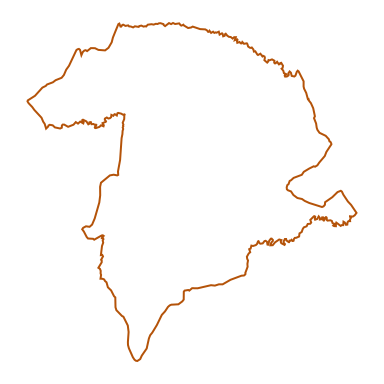 Thaba-Tseka, Thaba-Tseka, Lesotho
{"feature_id": "5366337B12676471094494", "entity_name": "Thaba-Tseka", "entity_type": "district", "adm_level": 2, "iso_a3": "LSO", "parent_name": "Lesotho", "parent_adm1": "Thaba-Tseka", "projection": "equal_earth", "projection_center": [28.592, -29.521], "detail": "fine", "context": "isolated", "style": "outline", "palette": "amber", "viewbox_px": 384, "rotation_deg": 0, "n_neighbors": 0, "source": "geoboundaries", "source_scale": "gbopen_adm2", "svg_char_len": 5886}
<svg xmlns="http://www.w3.org/2000/svg" viewBox="0 0 384 384"><path d="M356.5,212.9L351.1,204.9L347.9,201.5L343.3,194.6L341.9,191.6L340.8,190.8L337.5,192.1L332.3,197.2L325.1,202.2L324.9,204.8L323.5,206.4L322.0,207.0L309.3,203.0L304.7,200.9L302.0,199.0L297.4,198.0L293.4,195.0L291.0,191.4L288.0,190.3L286.9,189.3L286.7,187.3L287.3,185.1L288.5,184.2L289.7,180.9L291.0,180.3L293.6,177.9L301.8,174.8L303.8,171.8L309.3,168.5L313.7,166.3L315.1,166.7L317.4,165.3L319.2,162.6L324.8,156.0L326.4,151.9L331.4,144.3L331.2,143.3L330.4,141.8L329.5,141.4L328.8,139.2L325.7,135.8L319.5,132.8L317.4,129.8L316.7,127.7L316.1,123.5L314.0,118.1L314.9,116.3L313.2,108.2L310.9,103.1L309.0,100.7L308.5,99.0L307.9,99.2L306.2,92.9L304.1,88.7L303.6,86.5L303.6,81.3L298.6,71.4L297.7,70.7L296.8,71.8L295.4,75.7L294.3,76.5L291.7,75.9L290.9,72.7L289.6,71.5L288.5,73.1L288.7,74.9L288.4,75.5L286.9,76.5L285.1,76.6L284.7,75.7L284.9,75.1L286.3,74.2L283.9,73.1L283.3,70.7L281.6,68.7L282.6,67.9L283.0,65.8L281.2,62.8L280.2,63.1L279.8,64.1L278.9,64.4L277.1,61.8L275.6,63.3L274.7,63.3L274.2,62.6L274.4,60.7L272.0,59.4L269.2,60.4L268.5,60.1L267.9,61.9L267.2,62.6L264.4,60.2L264.9,57.8L264.5,56.5L263.0,55.8L262.4,56.4L260.4,53.7L258.0,55.0L257.3,54.5L255.3,51.3L253.9,51.6L253.4,49.5L251.8,47.5L251.0,47.9L249.8,47.7L248.1,46.5L247.4,44.1L246.8,43.3L244.0,43.8L242.3,42.0L241.6,43.4L240.7,43.3L239.5,42.0L237.3,42.8L237.0,41.3L237.5,39.8L237.1,39.3L234.8,40.2L235.8,37.2L234.1,37.2L232.7,38.6L230.7,37.0L228.9,36.8L227.3,35.7L225.7,33.7L225.2,34.0L224.6,35.8L223.2,36.3L222.6,33.8L222.0,33.3L219.6,34.6L218.8,31.7L216.5,32.7L215.7,32.4L214.3,32.9L213.1,31.7L211.1,32.9L209.5,30.8L209.0,31.7L208.2,31.9L207.0,30.4L205.3,29.4L200.1,29.1L192.7,26.6L191.1,27.5L188.1,28.0L183.8,25.4L183.4,24.7L181.5,25.6L180.7,25.3L179.2,23.4L175.1,24.0L173.0,23.0L171.1,24.1L169.0,23.1L165.1,26.1L163.7,25.0L163.4,24.1L160.5,23.2L158.9,23.3L157.6,24.0L155.8,23.8L153.7,24.6L151.5,24.2L147.8,24.7L146.1,26.5L145.2,26.2L143.6,26.6L141.3,25.6L139.2,26.1L138.7,26.9L134.9,26.3L133.1,27.4L130.8,26.5L129.1,26.4L128.2,25.4L125.4,25.9L123.3,24.7L122.4,24.9L121.2,26.6L120.5,26.6L119.3,23.6L118.4,24.1L115.4,31.4L112.9,37.6L111.7,42.3L108.5,47.8L105.1,50.4L98.4,49.9L95.0,48.2L90.9,48.1L87.1,51.1L85.7,50.2L84.4,50.5L82.8,52.0L81.4,55.2L80.0,49.8L78.9,48.9L77.5,49.3L76.4,50.1L69.0,65.8L66.2,69.7L63.9,75.0L61.6,77.8L55.6,80.2L52.9,82.3L47.0,84.5L45.8,85.9L42.4,87.6L35.0,95.8L27.8,100.4L27.5,101.4L28.6,103.2L32.3,107.1L34.3,109.9L41.5,117.7L43.2,121.7L44.7,123.9L46.1,128.6L48.2,126.5L48.5,125.5L49.7,124.8L52.7,125.3L54.9,127.4L60.1,128.5L61.8,127.7L61.9,125.5L62.7,124.6L64.2,124.6L68.1,126.8L73.5,124.7L75.8,122.1L78.0,123.6L80.2,121.6L83.3,123.4L83.6,122.3L82.1,121.1L82.4,119.9L83.0,119.7L86.4,121.4L88.3,124.3L89.4,123.7L89.5,122.3L90.8,122.1L91.6,124.2L93.5,124.0L94.8,124.8L95.9,124.6L96.3,124.9L96.0,125.8L95.3,126.2L94.8,127.4L95.1,128.0L95.8,128.1L99.4,126.9L101.0,125.3L103.5,126.3L103.8,125.2L102.7,123.9L102.5,123.1L105.7,121.9L106.0,121.3L104.8,119.8L104.9,118.6L106.8,117.5L108.3,118.5L109.9,118.2L111.1,117.2L111.4,114.9L113.3,115.8L114.5,114.2L114.9,114.2L116.8,115.5L117.4,113.3L118.1,112.9L121.1,113.6L123.2,114.8L124.0,114.7L124.8,113.8L124.3,115.8L124.2,119.1L122.7,122.8L123.4,124.7L123.0,125.5L123.3,126.3L122.7,127.4L123.2,129.0L122.6,130.9L122.4,134.2L121.6,138.1L120.1,159.9L118.0,171.4L118.2,174.9L117.2,175.4L113.7,174.7L109.9,175.4L101.0,182.7L100.1,186.8L100.2,195.3L99.3,202.5L94.7,218.5L92.1,224.6L89.6,226.8L86.0,226.3L83.2,227.8L82.2,229.3L83.9,231.6L86.7,237.0L88.0,238.5L93.1,238.8L94.2,239.7L101.6,235.5L102.8,235.3L103.6,235.9L102.3,236.9L101.9,238.2L103.2,238.3L103.4,239.3L102.7,240.5L103.2,242.7L102.0,246.0L100.9,255.1L102.2,254.9L103.0,256.4L101.1,259.8L101.7,260.3L101.7,262.3L98.4,267.8L99.9,268.8L100.7,270.8L100.6,273.5L101.1,274.9L100.5,278.7L102.6,278.8L104.2,279.5L105.0,281.0L106.5,282.3L107.9,287.3L111.1,290.4L114.1,296.3L115.3,297.4L115.5,307.3L116.4,310.2L122.0,316.0L123.4,316.7L127.8,325.5L128.6,332.0L127.9,342.1L128.0,345.0L128.9,348.3L132.9,357.3L134.5,359.7L135.8,360.7L137.3,361.0L140.2,359.1L141.8,355.6L146.7,348.5L148.9,338.5L150.2,335.2L152.3,332.6L156.9,325.0L161.8,314.9L165.0,311.4L168.0,306.9L169.7,305.4L171.3,304.7L178.4,304.3L182.3,301.4L183.7,299.6L183.8,291.7L184.6,290.6L188.3,290.0L189.3,290.6L192.1,288.2L197.6,288.3L211.0,285.2L214.9,285.6L219.0,284.3L222.7,284.3L230.5,279.8L241.5,275.7L244.0,275.5L245.2,274.5L245.5,273.9L245.3,273.0L247.6,266.8L247.4,263.9L248.0,260.5L247.2,258.8L246.9,256.7L248.7,253.5L250.2,252.2L249.2,249.2L250.6,248.6L251.4,245.6L253.0,246.0L255.8,245.1L257.0,244.0L258.0,241.4L258.5,241.2L259.4,243.0L260.3,243.7L262.7,243.4L264.5,241.1L265.6,240.8L267.0,241.8L267.5,244.6L268.3,244.7L269.2,240.8L270.8,238.7L271.6,238.6L272.9,240.0L272.8,241.0L271.3,242.6L270.5,245.3L272.7,245.2L275.1,242.3L279.2,239.5L281.4,240.1L280.7,241.8L281.3,243.2L284.5,244.9L284.9,244.3L284.8,243.8L283.8,243.1L283.6,241.5L284.9,239.0L286.1,239.0L286.5,240.5L288.7,242.1L289.1,242.1L289.6,240.6L290.6,240.7L291.5,239.8L292.5,241.0L293.0,241.0L293.6,240.7L293.8,239.2L294.8,237.9L296.2,237.8L299.1,236.5L299.5,233.4L301.7,232.0L302.7,229.1L303.8,227.4L306.6,226.3L307.7,224.0L310.3,223.7L310.8,223.1L311.2,222.5L310.3,219.9L313.9,216.3L314.6,216.2L315.2,216.7L314.8,218.9L315.1,219.7L317.3,218.9L318.7,216.4L320.0,218.2L319.9,219.5L321.2,219.3L321.9,218.6L322.1,217.4L323.1,217.3L323.7,217.8L323.1,219.9L323.6,220.5L324.0,220.5L325.7,217.2L326.3,217.2L326.7,217.8L326.8,220.0L327.5,220.6L330.4,220.3L331.8,220.9L332.6,223.2L334.4,223.8L334.7,224.2L333.3,225.6L334.1,226.1L335.9,226.2L335.9,223.6L336.3,222.6L340.7,225.9L341.8,225.1L343.2,225.1L343.5,221.7L344.8,222.5L346.0,224.8L347.3,224.6L347.5,222.4L348.5,221.1L350.1,221.1L349.9,219.7L350.9,217.9L350.0,216.8L350.0,216.3L352.8,216.6L354.7,215.3L356.5,212.9Z" fill="none" stroke="#b45309" stroke-width="2"/></svg>